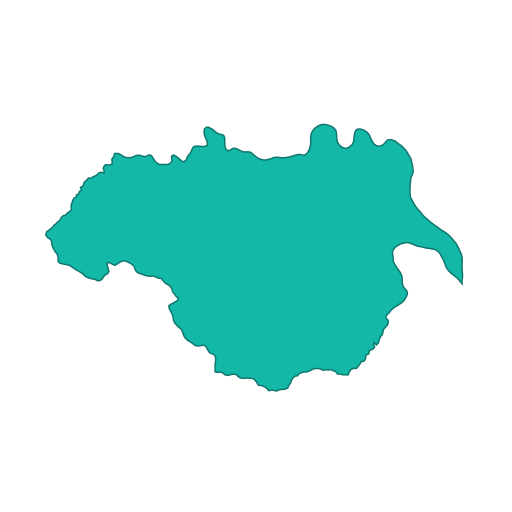 Felixlândia, Minas Gerais, Brazil (Albers equal-area conic projection), rotated 168°
{"feature_id": "56859067B66190002912803", "entity_name": "Felixlândia", "entity_type": "district", "adm_level": 2, "iso_a3": "BRA", "parent_name": "Brazil", "parent_adm1": "Minas Gerais", "projection": "albers", "projection_center": [-44.964, -18.693], "detail": "fine", "context": "isolated", "style": "filled", "palette": "teal", "viewbox_px": 512, "rotation_deg": 168, "n_neighbors": 0, "source": "geoboundaries", "source_scale": "gbopen_adm2", "svg_char_len": 6090}
<svg xmlns="http://www.w3.org/2000/svg" viewBox="0 0 512 512"><g transform="rotate(168 256 256)"><path d="M320.2,151.3L317.8,150.1L315.1,149.9L312.9,148.7L311.0,146.2L308.6,145.1L305.7,145.2L302.2,145.1L299.6,143.8L298.3,141.4L296.2,139.8L293.8,138.9L290.1,138.5L284.5,136.8L282.8,134.8L281.6,132.4L280.5,129.1L278.4,128.5L276.5,127.5L274.5,126.1L272.8,124.0L271.4,121.5L268.2,121.7L265.3,120.2L263.2,119.7L261.0,120.4L255.6,119.7L252.4,120.2L250.6,122.9L248.7,124.4L247.3,126.7L245.4,129.0L242.5,130.4L240.0,130.2L238.7,131.9L236.7,132.2L233.9,132.7L231.1,132.1L227.7,132.4L225.3,133.1L222.9,133.7L220.1,133.3L217.7,132.8L215.8,131.6L213.8,130.2L211.0,130.2L208.9,129.4L206.8,129.5L204.0,127.5L202.1,126.5L200.7,123.5L198.3,123.0L195.5,121.7L192.8,121.1L190.7,120.5L189.3,122.8L186.7,125.3L183.4,125.9L181.1,125.0L179.4,126.6L177.0,128.5L174.9,130.9L172.5,130.5L170.9,131.9L169.8,133.7L169.0,136.4L166.2,136.7L164.6,140.2L161.2,140.5L158.9,142.3L159.4,144.7L158.4,146.8L156.8,144.0L154.5,145.4L152.6,148.9L151.0,151.3L148.8,152.8L147.7,155.0L146.8,157.3L144.9,159.0L142.2,160.8L140.5,163.1L140.2,165.8L141.7,168.0L141.2,170.5L138.0,172.5L135.8,174.4L134.1,175.6L131.6,176.9L126.4,178.7L123.3,180.0L120.9,181.3L119.0,183.3L116.8,185.7L115.7,187.9L115.7,190.5L117.0,192.8L118.4,195.6L118.5,200.4L117.7,203.4L117.5,206.1L117.9,208.1L118.7,211.0L120.2,214.2L121.3,217.0L122.2,219.6L122.8,221.9L122.5,224.9L122.0,227.3L122.0,229.8L121.6,231.9L120.1,233.8L118.2,235.4L115.8,236.6L113.7,237.2L111.4,237.8L108.1,237.9L105.7,237.8L103.6,237.0L101.6,235.9L95.8,231.9L92.8,230.8L90.9,229.9L89.0,228.9L87.0,228.1L84.4,227.2L81.7,226.1L79.2,224.9L76.9,222.5L75.6,220.2L74.9,217.8L74.2,215.3L73.3,212.4L72.9,209.0L72.3,205.5L70.8,201.7L69.0,199.0L67.7,197.3L66.3,195.7L65.1,194.1L63.7,192.4L62.6,190.7L61.7,188.8L60.2,186.0L59.6,189.2L58.5,192.1L57.9,194.5L57.5,197.9L56.9,201.9L56.1,205.4L55.4,207.6L55.1,209.8L54.7,212.5L54.8,215.3L55.4,217.8L56.4,222.4L57.0,224.5L57.8,226.9L59.3,229.7L61.0,232.9L62.9,236.0L64.7,238.3L66.4,240.2L68.2,241.8L69.8,243.4L72.0,245.9L74.1,248.1L78.4,253.0L80.1,255.5L82.2,258.1L83.9,260.5L85.2,263.0L86.4,265.5L87.8,267.8L88.9,269.9L89.7,271.8L90.6,274.1L92.1,279.3L92.7,281.5L92.5,284.4L92.0,287.3L91.4,289.8L90.8,292.3L90.0,294.7L89.3,297.1L88.3,300.3L86.4,302.7L85.3,304.4L84.6,306.5L84.2,310.0L84.2,317.8L84.5,320.0L85.6,322.7L86.5,325.8L87.4,328.0L88.7,330.2L89.8,332.2L91.4,334.3L93.5,336.3L96.1,339.6L99.1,341.4L100.9,342.1L103.4,342.0L105.0,340.9L106.7,339.5L109.5,338.0L112.8,337.7L115.0,338.6L117.3,341.0L118.5,344.0L119.3,347.0L119.7,349.6L120.4,351.7L121.8,354.1L124.6,356.9L128.0,358.7L131.2,358.9L133.0,357.2L134.1,355.2L135.0,353.3L135.7,350.5L137.1,347.0L139.0,344.8L142.1,343.2L144.1,342.7L146.2,342.6L148.6,343.9L150.9,346.4L152.6,349.9L152.7,353.6L152.3,356.0L151.8,358.7L151.7,362.0L153.0,364.7L155.0,366.8L157.4,368.5L159.7,369.7L161.7,370.4L163.9,370.9L166.8,370.7L168.8,370.0L171.1,369.1L173.1,367.9L174.6,366.5L176.1,364.8L177.2,362.5L178.0,360.3L178.4,358.1L178.8,355.3L179.8,353.0L181.0,350.3L182.4,348.3L184.2,346.3L186.2,344.9L188.1,344.5L190.2,345.4L192.8,346.5L196.2,346.5L198.9,346.2L201.6,346.0L204.0,346.0L206.6,346.1L209.7,346.5L213.2,347.7L216.0,348.4L218.2,348.7L221.1,348.0L224.3,347.9L227.6,348.0L230.2,349.0L232.5,350.4L234.1,351.6L235.9,353.7L238.0,356.5L239.7,358.6L241.6,359.4L246.2,360.3L248.4,361.5L250.5,363.2L252.5,364.9L254.7,365.9L256.9,365.9L258.8,365.0L261.4,364.6L263.0,366.4L263.5,368.5L263.4,371.5L262.6,375.0L262.1,378.2L262.5,380.6L264.2,381.9L266.2,382.6L267.9,383.8L270.2,386.2L272.1,388.8L274.0,390.5L275.8,391.9L277.9,392.3L280.0,390.9L281.0,388.3L281.3,385.0L280.9,382.3L280.3,379.7L280.0,377.2L280.7,374.3L284.2,373.8L286.4,374.5L289.5,375.4L292.8,376.1L295.2,375.2L296.5,373.5L297.6,371.8L299.3,369.9L301.5,368.3L302.9,366.7L304.1,364.7L306.5,363.2L308.7,364.0L310.3,366.3L311.9,368.3L313.4,370.1L315.6,371.9L317.9,371.1L318.2,368.7L318.3,366.5L320.3,364.6L323.4,363.9L327.5,364.8L330.6,365.3L332.4,366.4L334.6,368.7L335.9,371.9L336.6,374.0L337.5,376.0L339.8,377.1L343.0,376.2L345.7,376.9L349.0,378.8L352.0,379.3L354.5,378.7L356.9,378.2L359.2,378.5L361.2,378.8L363.1,379.6L365.1,380.9L366.9,382.9L369.3,384.9L373.1,385.7L373.9,383.6L375.2,382.1L376.8,380.8L377.1,378.2L377.7,375.7L380.7,375.5L384.2,376.6L386.1,375.2L387.3,373.3L386.7,370.9L387.6,368.7L389.8,370.1L392.2,369.9L394.0,368.9L396.3,367.8L398.7,367.4L401.2,366.4L403.6,367.1L406.0,365.4L408.8,363.7L410.4,360.6L413.4,359.5L413.0,356.7L415.3,355.8L416.7,353.5L418.7,353.2L419.7,350.9L421.8,350.5L423.5,348.8L424.5,346.9L425.8,345.0L426.7,342.4L426.7,339.8L428.9,338.3L431.7,337.3L433.3,335.6L435.9,335.6L438.3,334.3L440.6,331.6L443.2,330.4L445.0,329.0L447.1,328.2L449.0,326.3L451.7,325.1L453.8,323.9L455.7,323.2L457.3,320.4L456.0,317.4L453.8,315.2L452.8,313.3L453.3,310.4L453.0,307.4L452.4,304.6L451.6,302.3L450.2,299.4L449.7,296.2L450.7,291.8L449.5,289.9L446.8,288.5L443.5,287.1L440.4,285.6L438.4,283.7L436.6,281.7L434.5,279.6L432.7,278.1L430.3,275.8L428.6,273.8L427.5,272.0L425.9,270.5L424.1,269.3L422.2,268.2L420.2,267.4L418.1,266.5L416.3,264.8L414.0,264.4L411.5,265.2L409.7,267.1L407.6,268.8L405.1,269.4L403.2,271.3L403.2,274.7L403.5,277.0L403.2,279.6L401.0,280.3L398.7,278.2L396.0,276.2L393.6,277.0L391.6,277.8L389.2,278.6L386.4,278.9L384.3,277.9L381.9,276.2L379.7,274.4L377.5,271.6L376.8,266.9L375.7,264.9L373.9,263.3L371.2,261.8L369.4,260.7L367.4,259.5L364.0,258.2L360.5,257.8L358.6,256.5L356.9,255.1L355.0,254.2L353.1,253.6L352.0,251.0L350.1,248.0L347.7,246.1L346.4,244.4L345.2,242.0L345.0,238.8L344.3,236.9L343.3,235.1L342.3,232.5L340.6,231.2L341.8,229.2L343.9,228.1L346.7,227.2L349.8,226.4L351.6,225.4L351.8,222.8L351.1,220.3L350.6,218.2L350.0,216.0L349.9,213.0L350.0,210.3L349.4,207.4L347.5,204.0L345.7,201.6L344.0,199.3L343.6,196.5L343.1,192.8L342.1,190.1L340.2,187.5L337.5,185.1L335.8,183.1L333.9,181.0L331.0,179.9L328.7,179.8L325.8,179.8L323.6,177.7L322.7,174.1L321.6,171.2L319.7,169.7L317.6,168.3L316.6,165.9L317.0,163.0L317.9,160.2L318.8,157.8L319.3,154.6L320.2,151.3Z" fill="#14b8a6" stroke="#0f766e" stroke-width="1.5"/></g></svg>